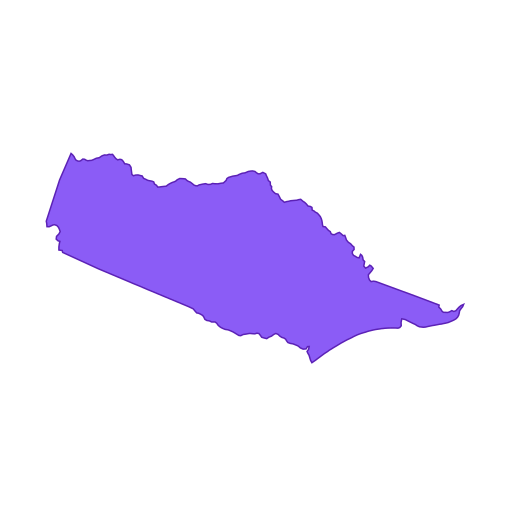 the district of Nova Viçosa, Bahia, Brazil, rotated 22°
{"feature_id": "56859067B39841375206009", "entity_name": "Nova Viçosa", "entity_type": "district", "adm_level": 2, "iso_a3": "BRA", "parent_name": "Brazil", "parent_adm1": "Bahia", "projection": "equal_earth", "projection_center": [-39.643, -17.887], "detail": "fine", "context": "isolated", "style": "filled", "palette": "violet", "viewbox_px": 512, "rotation_deg": 22, "n_neighbors": 0, "source": "geoboundaries", "source_scale": "gbopen_adm2", "svg_char_len": 4569}
<svg xmlns="http://www.w3.org/2000/svg" viewBox="0 0 512 512"><g transform="rotate(22 256 256)"><path d="M231.0,175.9L228.9,178.3L227.2,179.0L225.1,178.6L223.4,178.0L221.0,178.4L219.5,179.1L217.2,180.5L214.7,183.0L212.1,184.5L209.7,186.8L208.6,188.2L207.0,189.2L204.5,190.7L201.1,193.4L200.0,195.1L200.0,197.1L198.4,200.5L196.2,201.7L193.7,203.3L190.9,204.4L188.6,205.0L187.0,206.6L184.6,207.7L182.2,207.8L179.5,209.4L176.6,211.4L175.4,212.9L174.0,213.4L172.1,213.5L169.9,212.8L167.4,212.1L165.2,212.1L163.5,211.8L161.7,211.0L160.1,211.4L158.3,212.0L156.3,212.7L154.4,214.8L153.4,216.8L152.2,218.0L150.9,219.1L149.4,220.7L147.9,222.6L146.6,224.9L144.5,226.0L142.3,227.2L140.6,228.2L139.0,228.9L137.3,227.7L134.9,227.3L133.4,225.6L131.5,225.6L129.5,226.0L127.3,226.4L125.3,226.2L122.7,226.1L120.4,224.4L118.8,224.7L116.4,225.0L114.3,225.9L112.2,227.5L110.4,226.9L109.1,224.6L107.8,222.3L106.9,220.6L104.5,218.9L101.6,219.1L99.7,219.7L97.5,218.0L95.4,217.0L93.6,217.3L91.7,218.7L89.6,218.2L87.9,217.3L86.5,216.4L84.9,215.5L83.2,216.4L81.7,216.7L79.9,218.3L77.6,219.1L75.7,220.8L73.8,223.6L71.3,225.2L69.0,227.7L67.6,229.0L65.9,229.8L64.4,230.7L62.6,230.8L60.9,230.5L59.1,231.0L57.8,233.3L56.5,234.4L54.9,234.7L53.1,234.5L51.8,233.6L50.2,232.1L48.1,230.9L46.1,230.2L45.4,259.0L48.5,302.3L49.7,304.1L51.2,307.1L53.2,306.4L54.6,305.0L55.9,303.5L57.3,302.5L59.8,302.3L62.1,303.4L63.5,304.7L65.3,306.7L65.0,309.4L63.7,312.5L64.4,315.2L66.8,316.1L68.7,315.9L69.0,318.1L69.8,321.3L71.0,324.3L74.3,323.5L75.4,325.1L114.6,326.9L148.4,327.4L152.2,327.5L154.5,327.5L158.9,327.5L168.2,327.7L212.4,328.2L217.6,328.5L220.3,330.0L222.4,331.0L224.1,330.6L226.3,330.7L228.8,331.1L230.3,332.0L232.4,333.9L234.6,334.2L237.1,333.6L239.6,333.8L242.7,332.5L244.7,333.0L247.0,334.5L249.2,335.2L250.8,335.5L252.7,335.6L254.9,335.6L257.9,334.9L260.2,334.9L263.1,335.0L266.3,335.5L268.0,335.8L269.9,336.1L271.7,335.6L273.5,333.6L276.2,332.0L277.9,330.9L279.3,330.1L282.0,329.3L284.1,328.6L285.8,327.2L287.8,326.8L290.2,328.2L291.7,329.2L294.1,329.0L296.9,328.6L298.4,326.4L300.4,324.5L301.9,322.0L303.4,320.4L305.9,320.4L308.0,321.3L310.3,321.8L312.6,321.6L314.6,322.0L316.1,323.2L318.0,324.3L320.6,324.2L323.3,323.6L326.2,323.6L328.3,323.6L329.9,324.0L331.5,324.6L334.6,324.7L337.2,323.4L337.7,320.7L339.2,320.0L339.7,322.9L339.1,325.4L340.7,326.9L342.4,328.2L344.3,330.6L345.9,332.5L347.8,334.0L349.2,331.9L350.5,329.9L351.6,328.0L353.2,325.4L354.7,322.9L355.8,321.1L356.9,319.5L358.2,317.7L359.3,315.8L360.4,314.4L361.7,312.6L362.8,311.1L363.9,309.7L365.9,307.0L367.7,304.6L369.2,302.8L370.4,301.3L372.0,299.4L373.8,297.5L375.5,295.6L376.8,294.0L378.1,292.6L379.5,291.1L381.0,289.7L382.6,288.3L384.6,286.7L386.3,285.4L387.5,284.3L388.9,283.2L390.6,282.0L392.4,280.7L394.2,279.5L396.2,278.3L398.0,277.3L399.4,276.4L401.0,275.6L402.6,274.7L405.5,273.3L407.6,272.4L409.7,271.5L412.6,270.4L414.7,269.7L416.1,268.5L416.8,266.3L415.4,263.3L414.7,259.6L418.2,259.0L420.4,259.2L422.7,259.4L426.7,259.7L429.3,259.8L431.6,260.3L434.0,260.4L435.9,259.9L438.0,259.3L439.9,258.3L441.7,257.0L443.5,255.8L445.6,254.4L447.3,253.4L448.7,252.5L450.4,251.4L451.9,250.4L453.3,249.7L454.7,248.7L456.7,247.4L459.1,245.7L460.8,244.0L462.3,242.5L463.5,241.2L464.9,239.4L465.8,237.3L466.1,234.9L465.8,232.7L465.3,230.5L465.9,227.8L466.6,225.6L466.6,223.1L464.6,225.2L463.4,227.4L462.5,229.8L461.8,231.9L460.2,233.3L458.0,233.3L456.2,235.5L454.8,236.6L453.0,237.2L450.9,238.0L449.3,237.6L447.0,235.9L444.6,234.9L444.2,232.9L421.4,233.4L376.7,234.8L374.4,235.3L372.3,236.6L370.3,235.8L368.4,233.8L367.2,231.3L368.3,228.0L368.9,226.1L369.3,223.6L366.5,222.1L364.9,221.9L364.1,224.0L362.1,226.2L359.7,225.0L358.8,220.4L356.8,219.5L355.3,217.1L353.9,215.8L352.3,215.3L352.3,219.1L350.2,219.5L348.4,219.1L346.2,218.9L344.4,217.6L343.6,215.6L344.5,213.2L343.5,211.0L341.5,210.4L339.1,209.2L336.5,208.7L333.9,207.3L331.9,205.0L330.6,203.6L329.2,204.5L326.5,203.5L324.5,202.9L322.9,204.3L320.8,206.8L319.1,207.4L317.2,207.2L315.8,205.6L313.6,205.1L311.7,204.2L309.4,203.0L307.1,203.6L305.9,202.1L305.0,200.4L303.8,198.5L302.6,197.0L300.9,195.4L299.5,194.6L296.9,193.3L294.6,193.1L292.9,192.5L290.9,192.4L289.7,190.0L287.9,189.7L285.5,190.2L283.2,188.9L280.9,188.0L279.1,187.7L276.2,186.7L274.4,187.8L272.9,189.0L270.7,190.1L267.4,191.8L265.7,193.1L264.1,194.0L262.2,195.6L260.3,194.9L257.6,194.2L255.5,192.3L253.2,190.4L250.7,190.9L248.1,190.0L246.3,189.1L245.1,187.8L244.5,185.8L242.8,184.9L241.5,182.1L239.2,181.4L237.5,179.4L235.5,177.6L234.2,176.2L231.0,175.9Z" fill="#8b5cf6" stroke="#5b21b6" stroke-width="1.5"/></g></svg>